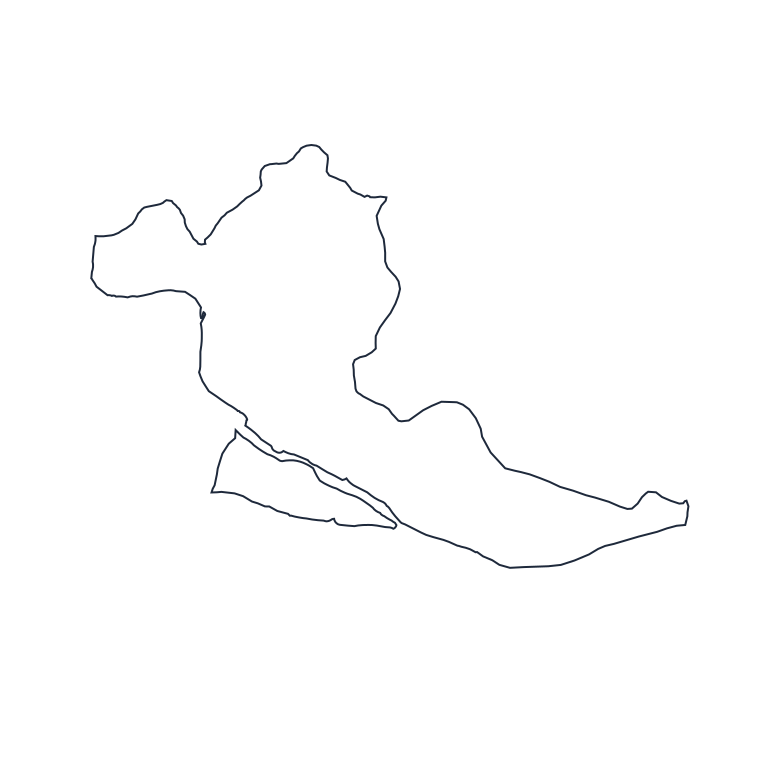 outline of Qanatir Al-Khayriyya, Al Qalyubiyah, Egypt, rotated 330°
{"feature_id": "37247803B61234943331501", "entity_name": "Qanatir Al-Khayriyya", "entity_type": "district", "adm_level": 2, "iso_a3": "EGY", "parent_name": "Egypt", "parent_adm1": "Al Qalyubiyah", "projection": "mercator", "projection_center": [31.132, 30.214], "detail": "fine", "context": "isolated", "style": "outline", "palette": "slate", "viewbox_px": 768, "rotation_deg": 330, "n_neighbors": 0, "source": "geoboundaries", "source_scale": "gbopen_adm2", "svg_char_len": 6167}
<svg xmlns="http://www.w3.org/2000/svg" viewBox="0 0 768 768"><g transform="rotate(330 384 384)"><path d="M447.9,153.4L446.9,149.5L446.4,146.4L444.5,143.7L440.6,140.7L436.1,138.9L432.4,138.4L429.8,138.4L426.6,140.1L424.0,140.6L420.7,141.9L418.3,143.2L409.9,143.9L402.8,140.7L401.1,139.3L396.5,137.3L395.1,136.6L389.7,135.6L385.3,137.1L383.6,138.3L381.7,141.1L379.9,143.4L378.7,147.2L377.1,150.9L372.5,153.7L362.5,154.2L358.7,154.0L356.4,154.3L354.3,154.9L352.7,155.1L349.0,155.9L345.6,156.8L340.0,157.3L333.5,157.1L330.3,158.2L326.5,158.7L320.2,161.7L317.5,162.7L315.0,164.4L308.7,167.8L304.5,168.9L301.2,169.5L299.7,171.7L299.4,173.3L295.6,171.9L293.3,169.7L293.2,167.1L291.6,162.9L291.9,154.9L291.2,151.6L291.4,148.3L292.2,144.6L293.7,141.7L294.2,137.8L293.7,134.4L294.3,131.1L294.0,129.2L293.3,127.4L293.1,125.3L291.8,121.9L291.7,119.4L287.5,116.0L284.9,116.2L283.1,116.6L280.2,116.3L277.1,115.4L267.4,112.1L264.6,111.3L261.6,111.7L259.2,112.7L256.4,113.4L251.1,117.1L246.1,119.5L238.6,120.3L233.9,120.1L229.6,120.4L224.6,119.7L222.3,119.0L214.9,115.8L213.9,115.2L211.4,113.8L208.1,111.6L207.0,113.7L205.9,115.5L204.6,117.1L203.6,118.2L201.3,120.2L192.8,132.4L192.2,134.1L191.7,135.2L190.4,137.4L188.8,139.3L187.1,140.9L183.3,146.2L183.6,147.2L183.5,147.8L183.8,152.2L183.7,156.0L189.0,168.9L190.1,169.4L191.0,170.1L191.9,170.9L192.4,171.7L193.3,171.8L194.3,172.4L195.1,173.2L195.6,174.3L198.2,175.6L200.6,177.1L202.9,178.8L205.3,180.8L208.0,181.4L210.1,182.2L212.1,183.5L213.8,184.9L220.1,187.1L226.6,189.1L228.1,189.6L232.3,190.4L236.2,191.6L240.0,193.1L244.3,195.1L246.1,196.1L248.3,197.7L250.3,199.6L257.8,204.7L260.4,209.8L263.3,215.8L263.8,226.2L262.1,228.2L260.5,230.7L259.2,233.3L258.5,235.4L258.8,235.7L259.3,235.9L259.8,235.8L260.1,235.7L260.4,235.4L261.2,234.1L261.8,233.3L262.8,232.2L263.6,231.6L263.9,232.1L264.1,232.9L264.1,233.4L263.9,234.2L263.8,234.5L261.4,236.2L255.6,239.9L254.4,243.2L253.2,245.9L251.8,248.6L249.0,253.4L247.5,255.8L245.1,259.2L241.1,264.3L236.8,271.7L233.5,277.2L231.7,279.5L229.7,281.4L228.9,285.6L228.2,291.0L228.4,296.3L228.7,302.6L232.7,310.8L234.9,315.7L237.3,320.8L239.0,324.2L240.5,326.6L242.0,329.5L243.6,333.0L243.7,333.5L243.8,334.2L244.4,334.5L244.9,334.9L245.2,335.6L245.1,336.4L246.3,337.9L246.9,338.9L247.3,339.9L247.8,341.7L248.0,343.2L248.0,344.8L247.8,346.2L247.6,346.5L247.4,346.7L246.7,346.7L245.7,348.0L244.5,349.2L243.7,350.3L243.1,350.7L244.5,353.6L245.9,356.8L247.9,362.1L249.1,366.3L249.9,370.5L255.2,381.0L255.3,382.0L255.0,383.6L254.9,384.6L255.1,385.7L255.4,386.7L256.3,388.1L257.2,389.6L257.9,390.4L258.8,391.1L259.8,391.6L260.9,391.9L262.0,391.9L263.4,391.7L264.7,393.7L266.5,396.1L268.6,398.3L270.8,400.0L280.0,411.9L280.2,413.2L280.7,414.9L281.5,416.6L282.0,417.7L283.4,419.6L284.8,421.0L287.9,426.8L290.8,432.1L293.5,435.9L295.4,438.8L298.1,443.3L299.9,446.3L302.0,446.9L302.9,447.0L304.3,447.0L304.5,449.2L304.9,451.3L305.6,453.4L306.7,456.0L307.5,457.4L315.3,469.4L317.0,473.8L318.9,477.9L321.3,481.9L324.2,485.8L325.0,487.4L325.4,489.1L325.4,490.9L326.1,492.2L326.5,494.0L326.9,499.3L327.6,504.1L329.2,511.8L329.7,513.2L332.1,516.2L341.8,531.1L345.1,535.8L350.2,541.3L357.5,548.7L361.3,553.2L366.7,560.7L367.8,561.6L369.7,563.7L372.9,566.7L375.8,570.0L376.9,571.7L379.2,575.5L380.6,576.1L383.6,582.8L389.7,590.8L393.5,598.3L401.2,606.2L413.6,612.5L435.2,624.0L446.7,629.1L460.7,632.1L476.3,634.1L487.0,633.9L494.5,634.8L503.1,637.4L528.4,643.5L546.7,648.6L556.9,650.5L566.6,653.1L574.4,656.7L580.6,650.2L582.6,647.0L586.5,642.1L587.6,636.3L585.9,635.9L583.5,636.9L579.9,635.2L574.1,628.7L568.2,620.8L565.4,613.8L558.9,609.4L556.1,609.7L550.8,611.0L543.9,614.4L536.4,615.9L532.3,613.9L527.0,608.1L519.8,598.4L509.9,587.8L503.3,581.3L494.4,570.9L485.1,561.2L478.4,551.5L472.2,543.7L465.0,535.1L458.5,528.7L454.0,524.6L446.8,517.6L442.1,496.6L442.6,478.7L445.4,471.1L446.4,459.5L445.1,448.5L442.0,441.4L438.0,436.3L436.0,435.0L424.9,428.1L414.4,426.8L404.8,426.3L387.2,428.0L380.4,425.0L378.1,423.0L376.7,416.5L376.0,413.8L375.5,408.2L372.6,402.2L367.5,396.4L359.8,384.4L358.1,380.5L357.3,379.4L356.8,377.9L356.5,376.6L357.0,373.8L359.9,367.7L362.2,361.5L364.9,356.5L367.1,351.4L370.6,348.6L376.6,348.8L382.2,350.5L389.2,350.4L394.6,349.2L397.3,344.2L400.8,338.4L408.7,333.0L417.0,329.2L425.1,325.8L434.1,320.1L440.2,315.1L445.4,309.7L447.9,302.5L447.7,297.0L446.2,290.5L445.2,284.8L446.3,278.4L450.6,271.0L453.1,265.6L456.2,258.3L457.4,247.7L458.8,242.2L461.7,234.7L470.9,228.2L477.1,226.1L479.4,223.6L474.6,220.0L469.4,217.8L465.4,215.3L465.3,214.3L463.6,212.4L460.7,212.2L458.3,208.1L456.4,206.0L452.8,200.3L452.8,197.2L451.6,189.5L447.8,185.2L445.3,181.5L440.9,176.0L440.6,171.3L442.9,167.9L445.8,164.1L448.2,160.7L449.4,157.6L447.9,153.4ZM180.4,391.7L185.1,394.2L189.2,396.1L199.9,404.0L205.9,410.7L210.9,419.8L215.0,424.2L219.7,430.5L223.4,432.7L228.1,440.6L236.0,448.5L236.6,451.0L237.7,451.5L240.4,454.2L243.6,457.0L246.9,459.7L249.5,461.6L254.0,465.4L258.8,469.0L263.4,472.1L264.5,473.3L265.4,474.1L266.5,474.6L267.7,475.0L269.4,475.2L271.2,475.1L272.3,475.3L273.4,475.8L273.0,476.9L272.9,478.1L272.9,479.4L273.1,480.2L273.5,481.3L273.8,482.1L274.6,483.1L275.4,483.9L281.9,488.6L287.3,492.3L290.9,493.6L295.2,495.6L300.1,498.3L303.2,500.2L307.0,503.0L313.4,508.4L317.6,511.3L318.9,512.7L319.7,514.0L321.0,514.1L322.0,513.8L323.2,513.3L324.2,512.4L324.1,509.7L323.0,507.8L322.3,506.1L321.0,504.1L319.5,501.5L318.1,498.5L317.5,497.8L316.9,496.8L316.3,495.4L316.2,493.7L314.7,491.8L313.6,489.8L312.8,487.6L312.5,485.7L311.1,482.1L307.6,474.6L306.0,471.5L303.7,467.9L300.9,464.5L297.3,460.6L295.8,458.7L293.1,454.9L290.7,450.9L287.9,447.8L285.8,445.0L284.5,443.1L282.6,440.2L280.4,436.1L280.1,435.3L279.9,430.2L280.1,426.3L280.5,421.5L278.6,417.7L277.0,415.1L274.6,411.7L272.6,409.4L270.0,406.9L267.2,404.7L264.1,402.9L260.9,401.3L257.2,399.9L256.1,399.0L255.4,398.2L253.5,394.3L252.2,392.0L250.1,389.0L247.9,386.5L245.2,381.7L243.1,377.5L240.7,372.1L239.9,369.0L238.6,365.7L237.0,362.5L235.5,360.1L234.2,356.1L232.5,349.7L228.0,356.5L219.7,358.1L209.2,363.5L203.6,368.6L197.7,374.1L194.1,378.7L186.7,387.0L183.3,389.1L180.4,391.7Z" fill="none" stroke="#1e293b" stroke-width="2"/></g></svg>